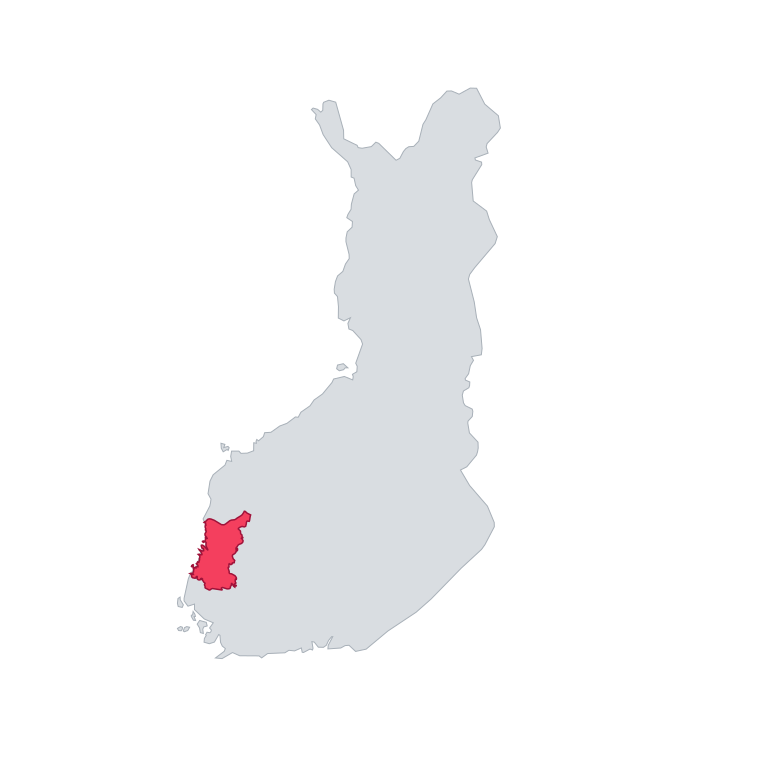 Satakunta highlighted on a map of Finland, rotated 16°
{"feature_id": "FIN-3192", "entity_name": "Satakunta", "entity_type": "Region", "adm_level": 1, "iso_a3": "FIN", "parent_name": "Finland", "parent_adm1": "", "projection": "albers", "projection_center": [22.046, 61.595], "detail": "fine", "context": "in_parent", "style": "filled", "palette": "rose", "viewbox_px": 768, "rotation_deg": 16, "n_neighbors": 0, "source": "natural_earth", "source_scale": "10m", "svg_char_len": 8033}
<svg xmlns="http://www.w3.org/2000/svg" viewBox="0 0 768 768"><g transform="rotate(16 384 384)"><path d="M321.9,333.2L318.9,322.2L315.2,312.8L311.3,310.3L310.0,306.6L309.1,299.0L309.6,292.9L313.4,287.1L313.9,279.3L316.0,273.0L314.7,269.0L308.2,257.7L307.2,254.1L306.7,247.8L310.1,242.1L308.9,236.5L302.4,234.4L302.6,230.9L304.2,225.1L303.1,220.2L302.9,209.5L306.0,204.7L302.1,201.1L298.5,194.4L295.4,194.1L293.3,186.9L287.8,180.4L268.6,171.3L256.8,161.1L250.7,152.8L244.9,148.1L244.5,143.7L238.6,140.2L239.8,138.3L244.5,138.3L248.3,140.1L249.7,137.8L248.1,131.5L248.4,129.8L252.8,126.4L259.9,126.4L275.2,151.3L277.7,159.4L292.4,162.0L294.0,163.9L298.0,163.4L306.4,159.3L309.5,153.8L312.6,154.1L333.9,165.6L337.0,162.7L338.6,155.1L340.1,151.7L342.4,149.1L347.1,147.4L350.5,141.0L349.9,123.6L351.4,118.5L353.8,101.3L359.6,93.3L363.7,85.1L368.1,83.7L376.3,84.7L385.3,75.8L391.5,74.2L403.7,87.2L420.0,94.6L425.3,105.9L423.8,110.8L416.8,124.5L416.9,128.0L420.4,133.4L409.1,141.6L410.1,143.5L416.6,143.8L417.5,146.2L412.6,163.3L412.7,166.2L419.3,183.5L435.0,189.5L439.9,196.9L452.3,211.1L452.1,218.4L439.1,247.2L436.2,255.0L436.2,259.8L448.1,280.2L454.8,294.9L461.8,305.2L468.5,322.8L469.5,329.1L460.5,333.6L463.5,336.6L461.9,342.6L462.5,350.8L460.5,356.4L461.2,357.8L465.9,358.4L466.7,361.9L466.6,364.2L462.3,368.8L462.3,373.1L465.6,380.2L468.0,382.4L475.7,383.8L476.9,385.7L477.8,390.9L475.0,396.5L475.3,398.5L479.6,407.5L490.4,414.0L492.2,419.6L492.6,423.4L492.5,426.9L486.4,440.8L481.2,445.6L494.3,458.0L517.1,472.9L528.1,486.7L529.4,490.8L525.3,510.7L523.3,516.2L509.0,539.7L488.6,577.6L477.8,594.5L455.8,620.4L439.9,643.8L430.4,648.9L422.4,644.8L418.7,646.2L415.2,649.7L403.1,654.1L402.4,650.6L404.4,641.0L403.3,641.3L401.4,645.8L400.6,651.0L398.4,653.8L393.4,655.1L388.1,651.3L385.7,651.5L388.6,657.6L388.6,659.4L385.9,659.2L380.6,664.3L379.3,664.4L377.3,660.5L371.6,665.2L366.0,666.2L362.8,669.7L346.4,675.2L341.9,681.0L338.8,679.8L320.2,685.0L312.4,683.9L304.0,692.6L297.5,693.8L304.1,685.0L304.4,682.0L300.8,680.5L298.1,677.4L295.6,670.8L294.2,670.4L292.1,678.8L287.7,681.8L282.2,681.8L281.5,678.1L282.4,674.7L281.6,674.1L282.3,671.4L285.2,671.1L285.9,669.8L285.9,668.1L283.6,666.6L285.7,660.6L276.0,659.4L264.0,653.1L262.5,647.8L256.8,651.6L251.6,647.6L250.9,645.1L249.6,625.2L250.2,619.7L253.2,613.0L254.2,606.3L254.1,594.1L255.8,594.1L253.9,590.0L256.6,589.0L257.0,587.6L250.9,568.1L247.3,563.6L250.2,549.5L250.0,546.2L249.4,542.3L245.1,538.0L243.5,525.3L244.8,518.3L253.5,505.8L254.0,500.7L258.9,500.4L256.6,495.9L256.0,490.5L263.0,488.5L265.6,490.1L271.7,488.1L277.1,484.1L275.0,476.4L277.7,476.1L276.8,474.3L277.0,472.4L279.1,473.2L282.6,467.8L282.7,463.7L288.6,461.6L295.4,453.1L301.6,448.5L307.9,440.1L310.7,439.6L311.9,434.0L318.9,425.4L321.2,418.6L327.6,410.6L333.6,396.9L334.2,393.1L343.8,387.7L352.8,388.7L352.4,385.4L351.0,383.4L354.5,379.7L353.4,374.4L351.1,371.8L352.4,351.5L349.6,347.6L339.2,341.2L335.1,340.8L332.6,335.7L333.5,329.5L328.1,334.4L321.9,333.2ZM272.0,662.1L278.9,662.1L280.7,665.3L277.6,667.3L277.4,669.8L279.1,673.6L276.0,673.6L273.9,669.3L270.6,666.3L272.0,662.1ZM341.2,381.4L337.4,383.6L334.3,382.4L334.1,378.6L339.3,375.7L344.8,378.4L342.2,379.2L341.2,381.4ZM247.7,485.9L247.5,489.3L251.2,487.0L252.7,487.9L252.5,490.8L251.2,490.2L248.1,493.5L245.3,490.6L243.6,485.9L247.7,485.9ZM252.0,651.6L251.6,654.4L247.5,654.6L245.9,651.8L245.1,647.0L246.7,645.0L247.6,647.6L252.0,651.6ZM268.1,663.3L265.9,663.6L262.9,660.6L262.5,659.4L263.7,658.7L263.2,655.3L265.5,657.2L266.8,659.4L265.5,659.9L268.1,663.3ZM263.3,675.1L260.3,677.2L259.1,676.7L259.4,673.2L261.2,671.6L264.2,671.4L263.3,675.1ZM257.1,677.1L254.5,677.6L252.8,675.9L255.3,673.2L257.3,673.4L257.7,675.1L257.1,677.1Z" fill="#d9dde1" stroke="#a8b0b8" stroke-width="1"/><path d="M251.0,620.3L251.0,620.2L250.6,619.7L249.9,619.6L250.7,619.1L252.4,619.9L253.2,619.6L252.8,619.2L252.4,618.5L252.3,617.8L252.7,617.2L252.4,615.7L252.2,615.1L251.9,614.6L252.2,614.6L252.9,614.2L252.7,614.3L252.5,614.2L252.3,614.1L252.1,613.9L252.5,613.0L252.1,613.0L252.5,612.6L253.0,612.5L253.9,612.6L253.8,612.0L253.7,611.7L254.6,611.2L255.5,611.0L255.1,609.7L254.5,609.1L253.1,608.5L253.4,607.8L253.8,607.5L254.1,607.2L253.9,606.4L255.1,606.4L255.1,606.0L255.1,605.6L255.1,604.5L255.2,603.9L255.1,603.6L254.9,603.4L254.8,603.1L254.7,602.8L254.8,602.2L254.8,601.9L254.6,600.7L254.4,600.3L254.0,599.8L253.6,599.6L252.8,599.2L252.4,599.0L253.3,598.5L255.1,598.7L256.0,598.2L255.6,597.3L255.1,596.6L254.2,595.7L252.3,594.6L251.7,594.0L255.5,594.6L256.6,594.0L256.0,592.3L255.9,592.0L255.4,591.8L254.7,592.1L254.3,592.0L253.1,590.3L252.9,589.6L252.8,589.4L253.0,589.2L253.5,589.0L254.2,588.9L257.5,590.4L259.3,591.7L260.2,592.0L260.2,591.6L258.2,589.5L257.3,588.0L256.7,585.4L256.1,585.0L255.5,584.7L255.1,584.1L255.1,583.6L255.3,582.7L255.2,582.3L254.6,580.8L254.6,580.4L255.1,580.6L256.1,581.4L256.5,581.2L255.8,580.3L253.8,578.9L253.2,577.5L253.3,576.7L253.6,575.9L253.8,575.1L253.7,574.4L253.3,574.0L252.9,573.8L252.5,573.5L252.7,572.5L251.8,571.3L251.4,570.4L251.2,569.6L251.4,569.4L251.7,569.0L251.7,568.6L251.1,568.2L251.0,567.7L251.0,567.2L250.8,566.7L250.5,566.6L249.2,566.7L249.6,565.8L250.4,565.2L251.0,564.3L251.5,563.2L252.1,562.4L253.5,561.7L255.1,561.5L258.4,561.8L266.5,564.0L268.9,563.5L270.2,562.4L273.4,558.0L274.8,556.9L277.9,555.6L279.2,554.2L279.7,553.4L282.6,550.3L283.7,548.8L284.0,547.9L284.4,546.7L284.8,544.8L285.7,544.7L288.1,545.9L291.9,546.6L291.9,548.3L292.4,552.5L292.3,553.2L291.6,553.3L290.5,553.4L290.0,553.8L289.9,554.7L290.0,555.6L290.2,556.3L290.2,557.1L290.2,558.2L290.3,558.6L290.2,558.9L289.6,559.5L289.0,559.9L287.1,560.0L286.1,560.5L285.1,561.3L283.9,562.8L283.9,563.5L286.5,564.9L287.0,566.0L287.1,566.7L287.7,567.6L288.4,567.9L288.9,568.1L289.3,568.8L289.4,569.3L289.8,570.0L290.6,570.4L290.6,570.9L289.7,571.2L289.5,571.4L289.5,571.8L290.2,572.0L290.8,572.5L291.8,573.6L291.8,575.1L291.3,576.1L290.4,577.1L289.4,577.7L288.7,578.3L288.1,579.2L287.7,580.6L287.2,581.8L287.1,582.0L287.0,582.6L287.1,583.2L287.4,583.8L287.7,583.6L287.9,583.1L288.5,582.6L288.8,583.0L289.0,584.2L288.5,585.2L288.0,585.2L287.8,585.6L288.0,586.6L287.3,588.1L285.6,590.0L285.6,591.2L286.8,593.1L287.7,594.0L288.5,594.3L289.2,594.9L289.1,595.3L289.1,596.0L289.2,596.6L289.3,596.9L289.2,597.2L287.8,597.6L287.6,597.8L287.7,598.0L287.8,598.6L287.6,598.8L287.3,598.9L287.1,599.1L286.9,599.4L286.8,599.7L286.4,599.9L285.7,599.6L284.8,599.4L284.6,599.9L285.2,602.0L285.4,602.4L285.4,602.8L284.8,603.2L284.9,603.7L285.1,604.2L286.7,606.6L286.9,607.0L287.0,607.6L287.2,608.0L287.5,608.5L288.1,608.7L289.9,608.5L293.5,609.3L295.1,610.5L295.7,611.3L295.9,612.5L295.1,612.5L295.0,613.2L295.1,613.9L295.5,615.0L296.0,615.7L296.4,615.9L296.5,616.3L295.8,617.0L295.4,617.5L295.2,617.8L295.4,618.4L295.7,618.5L297.2,618.2L297.5,618.4L297.5,618.9L297.2,619.0L296.7,619.2L296.5,619.7L296.6,620.4L295.2,619.9L292.8,617.7L292.4,617.8L292.4,618.5L292.7,618.8L292.7,619.6L292.5,620.4L292.2,620.8L292.5,622.4L291.7,623.4L290.4,624.0L289.4,624.2L285.0,624.1L284.3,624.4L283.9,625.1L284.9,626.2L285.1,626.4L284.8,626.7L275.5,627.9L274.6,628.5L273.4,630.0L272.7,630.2L268.5,629.4L268.0,628.8L268.0,628.4L267.7,627.7L266.9,626.8L266.7,626.3L266.8,626.1L266.8,625.7L266.9,625.3L266.9,624.9L266.3,624.5L265.6,624.3L263.8,622.7L262.8,622.2L263.1,621.5L263.2,621.4L262.9,621.2L262.5,621.1L261.9,621.2L261.5,621.6L261.5,622.1L261.2,623.0L260.7,623.2L259.7,623.4L258.8,623.2L258.1,622.7L257.9,622.3L257.8,621.5L257.7,620.8L257.3,620.5L256.9,620.7L256.6,621.2L256.6,621.9L256.6,622.3L255.9,622.8L253.5,623.0L252.3,622.4L251.4,620.4L251.0,620.3ZM251.5,612.6L251.7,612.8L251.8,612.9L251.6,612.9L250.6,612.3L250.0,612.6L249.5,612.6L249.3,612.5L249.4,612.3L249.2,611.7L249.3,611.4L249.6,611.3L249.7,611.2L249.8,610.7L250.3,610.3L250.7,610.6L250.5,611.1L250.6,611.7L251.5,612.6ZM254.6,585.1L254.8,585.4L254.6,585.6L254.4,585.6L254.3,585.8L254.2,586.0L253.4,585.8L252.9,585.5L252.9,585.3L253.2,585.3L253.6,584.7L254.6,585.1Z" fill="#f43f5e" stroke="#9f1239" stroke-width="1.5"/></g></svg>